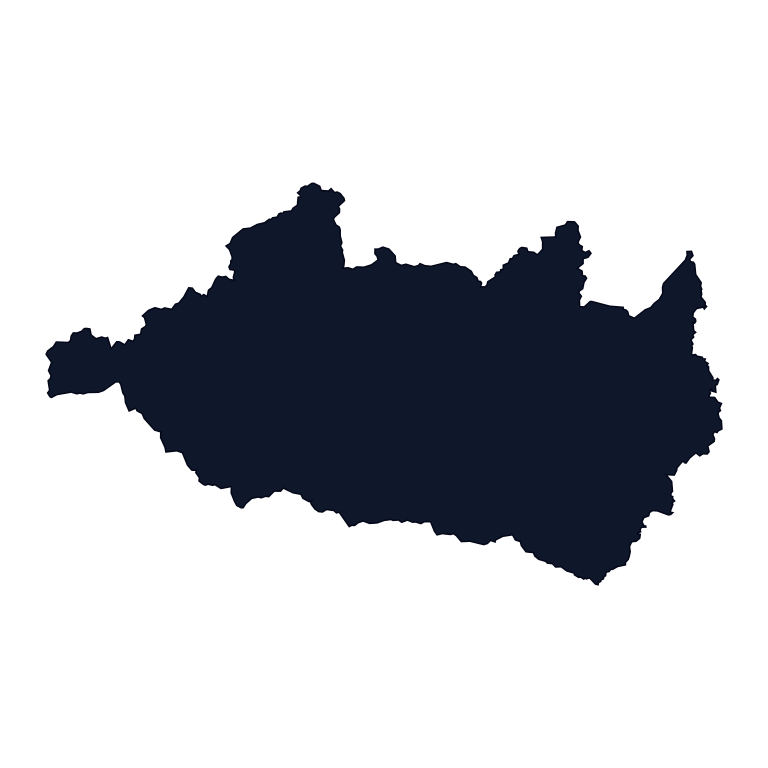 El Chaco, Napo, Ecuador (Mercator projection)
{"feature_id": "8360857B77920880428732", "entity_name": "El Chaco", "entity_type": "district", "adm_level": 2, "iso_a3": "ECU", "parent_name": "Ecuador", "parent_adm1": "Napo", "projection": "mercator", "projection_center": [-77.649, -0.244], "detail": "fine", "context": "isolated", "style": "filled", "palette": "ink", "viewbox_px": 768, "rotation_deg": 0, "n_neighbors": 0, "source": "geoboundaries", "source_scale": "gbopen_adm2", "svg_char_len": 6100}
<svg xmlns="http://www.w3.org/2000/svg" viewBox="0 0 768 768"><path d="M68.3,342.5L56.3,342.0L53.4,346.6L47.7,350.9L46.1,354.3L51.6,362.3L48.5,370.6L51.1,375.7L50.3,378.6L48.1,380.7L49.6,390.3L47.6,392.9L49.9,396.7L51.4,397.5L56.9,394.6L71.2,392.1L76.8,393.8L80.0,393.1L83.2,393.9L87.8,392.5L98.4,392.3L103.6,390.5L115.7,381.9L119.2,381.9L120.8,384.4L122.9,393.1L124.8,395.9L125.5,402.6L129.1,411.0L135.8,408.1L137.1,410.9L142.1,413.5L144.3,418.6L154.6,430.1L160.8,431.9L160.6,437.6L165.1,447.6L165.9,452.0L176.7,450.8L182.4,452.7L187.5,465.2L191.9,470.2L196.3,470.3L195.8,472.6L199.4,477.8L199.0,481.0L203.3,484.4L205.3,485.2L208.1,484.2L212.4,485.3L215.0,484.7L221.0,488.5L231.4,486.5L231.2,493.0L234.6,501.6L236.8,505.5L241.1,507.8L243.2,507.7L245.7,503.7L251.7,498.4L258.3,497.0L261.1,497.8L265.6,496.3L268.7,496.7L274.3,491.1L280.6,491.2L283.2,488.1L293.1,492.8L300.9,494.3L302.9,498.3L309.2,501.7L311.9,500.6L310.8,502.7L311.4,504.3L314.7,508.8L318.6,511.6L322.5,512.0L326.5,509.5L333.8,510.5L336.4,512.9L339.2,512.2L349.2,526.6L351.8,525.3L354.6,525.5L358.0,522.8L363.1,521.0L369.6,523.4L377.1,522.9L384.2,520.4L391.0,519.5L393.0,520.4L398.5,520.0L401.7,522.3L407.4,520.1L412.5,522.2L415.7,522.0L420.9,523.6L424.3,521.7L430.6,521.7L434.5,531.4L437.1,534.9L442.2,533.6L450.4,534.5L453.3,533.7L456.2,535.5L461.3,541.6L469.8,541.2L483.8,544.6L487.4,543.5L490.6,540.4L495.1,542.0L495.5,540.0L502.8,536.3L512.5,534.8L515.4,540.0L520.4,541.6L521.3,545.5L526.0,551.8L533.4,552.6L534.8,556.1L538.7,559.3L545.8,561.4L547.3,563.1L552.4,563.7L555.6,567.0L561.2,566.8L566.7,570.9L574.4,573.2L574.4,574.8L578.6,577.4L580.5,577.0L583.8,579.2L584.8,578.1L586.4,578.9L589.6,577.9L595.4,584.1L598.1,584.8L598.6,582.4L600.7,581.5L600.9,580.0L603.4,578.9L603.8,576.9L605.6,575.7L606.0,572.2L609.2,571.5L610.7,569.3L612.5,569.4L617.7,566.5L625.4,564.9L625.6,562.1L628.1,559.6L629.1,556.8L630.2,551.8L629.5,546.5L631.7,541.8L636.2,541.2L639.7,538.3L640.3,534.3L637.9,533.9L638.6,532.5L640.6,531.9L640.2,528.7L642.0,527.2L645.9,527.1L645.7,526.0L644.0,525.8L641.9,521.9L643.9,517.6L648.7,515.9L649.5,512.5L652.6,510.6L657.4,510.9L668.4,514.9L670.6,514.6L672.8,512.7L670.1,511.9L672.9,504.2L671.9,502.9L674.6,501.0L672.6,498.7L672.8,496.7L670.7,495.6L671.3,492.3L672.5,491.6L671.7,481.5L666.0,474.6L674.2,475.1L676.6,470.6L677.0,467.8L682.0,461.9L683.8,461.3L684.4,462.7L686.0,463.1L689.8,457.9L695.9,452.8L699.8,455.9L702.8,453.8L707.3,454.0L709.1,451.7L707.8,446.0L714.2,441.4L714.5,438.7L712.8,434.5L714.5,431.6L717.0,432.6L718.2,430.9L721.9,429.0L721.4,420.7L719.1,417.8L718.2,414.2L718.3,412.4L720.5,410.6L719.5,408.1L721.5,403.5L717.9,402.1L714.6,397.4L710.0,397.3L708.8,396.0L710.5,393.2L709.6,391.8L710.5,389.0L711.8,389.2L711.4,390.9L715.9,392.2L715.3,385.4L717.2,384.5L718.9,379.8L717.4,378.5L715.9,380.3L712.7,380.1L713.0,377.8L708.7,370.9L708.5,366.5L706.9,365.6L708.1,363.5L704.5,361.3L705.3,359.0L702.9,358.9L702.3,357.2L697.1,356.2L695.5,354.5L692.4,355.0L691.5,354.0L692.4,347.8L691.7,345.6L693.0,344.0L690.9,339.8L693.7,337.1L692.8,334.7L695.7,332.3L693.7,330.6L693.0,322.5L694.6,323.2L695.8,321.3L695.4,319.0L692.7,316.9L693.3,312.8L696.5,308.6L703.4,307.1L704.3,309.0L706.6,306.4L705.2,305.2L705.2,302.2L701.0,297.0L701.7,294.2L701.1,289.9L701.8,289.3L700.6,286.3L701.2,282.7L695.7,274.5L694.7,264.2L693.4,262.2L690.6,261.7L689.6,259.4L693.0,255.7L691.5,251.3L686.9,251.5L687.2,255.1L685.3,260.1L663.6,283.4L662.5,287.2L662.7,293.4L659.2,299.5L654.2,303.4L650.7,307.6L645.2,309.8L634.4,318.2L628.7,315.7L627.8,311.9L626.2,310.1L623.6,309.5L623.2,307.3L609.8,306.2L591.4,301.4L590.0,301.6L584.3,306.9L579.7,306.7L579.4,300.2L581.4,296.2L579.0,293.1L579.1,291.2L582.7,288.7L584.0,282.3L586.6,278.3L585.2,276.0L582.5,275.7L582.1,271.1L577.3,268.2L583.1,263.6L583.1,258.7L588.0,257.3L591.0,253.3L589.0,250.7L585.3,252.5L581.8,250.6L582.3,246.5L579.2,244.8L578.0,242.3L580.5,237.0L578.0,230.4L578.2,226.1L574.5,221.8L567.5,221.6L565.3,225.0L556.9,227.3L555.5,233.1L555.7,237.0L541.2,237.4L542.6,241.7L542.6,249.2L538.3,254.0L536.8,254.5L533.8,252.3L527.9,251.7L526.8,248.2L521.7,247.4L519.6,248.6L517.9,251.1L518.9,254.4L514.0,255.6L512.4,258.6L510.2,258.7L508.5,262.9L503.2,265.2L503.3,269.2L500.7,269.7L500.5,271.9L496.6,272.3L495.1,274.7L495.2,277.0L487.8,281.7L486.8,285.4L484.7,286.9L480.6,286.8L481.6,283.1L480.6,281.5L478.2,281.1L476.8,277.4L473.4,275.4L471.3,271.3L465.0,267.0L460.5,266.8L455.8,263.6L453.3,264.3L446.6,262.5L431.2,266.3L424.9,265.7L420.0,263.6L418.4,265.5L414.3,266.7L405.9,264.2L401.3,265.4L395.7,262.6L395.2,256.0L389.0,249.1L382.9,247.1L378.2,249.1L375.0,249.1L374.9,253.6L377.2,256.5L378.0,260.0L371.5,264.8L364.0,267.2L356.6,266.9L352.9,269.3L348.3,267.8L342.5,268.1L343.8,266.1L344.4,260.3L342.2,252.2L342.7,250.3L340.5,246.0L341.9,242.7L340.2,235.9L340.2,229.6L339.3,227.1L336.0,224.9L333.5,219.7L334.1,217.5L339.4,212.7L339.6,209.0L338.3,206.4L344.5,200.6L344.0,198.3L340.2,193.5L337.1,192.0L334.6,192.6L331.1,188.6L328.5,191.0L321.2,190.5L319.8,186.3L313.7,183.2L311.5,183.5L307.2,186.5L305.2,186.0L301.2,188.1L300.1,190.8L297.6,192.8L300.8,195.8L300.3,196.9L298.1,197.2L297.4,205.2L292.9,208.3L291.6,210.9L283.9,211.8L282.8,213.4L280.5,213.1L278.8,214.0L277.1,217.1L272.5,217.8L271.2,219.5L269.3,219.2L264.6,222.7L257.4,224.4L250.3,228.1L243.1,228.9L232.6,237.5L230.1,243.5L226.0,246.0L229.5,249.6L232.0,256.5L232.2,259.4L230.8,260.8L230.7,263.7L228.9,266.9L229.9,269.5L233.6,270.0L234.9,271.3L233.3,277.2L233.9,280.4L229.0,279.2L225.8,276.4L222.2,277.1L218.2,276.1L215.6,279.2L211.7,287.7L208.5,290.1L207.2,296.6L203.7,294.5L201.1,296.3L200.2,294.3L195.3,292.2L192.3,288.1L188.7,287.8L183.9,296.8L178.8,303.1L175.4,304.2L171.7,309.3L164.6,307.9L161.4,309.4L154.9,307.7L148.6,310.3L142.4,315.9L144.5,317.7L146.3,324.4L145.5,326.4L141.5,329.0L140.6,334.2L134.9,335.2L134.5,339.0L133.1,341.3L128.4,339.7L124.8,344.8L119.6,341.9L116.7,341.7L111.1,348.9L107.6,337.5L105.2,338.2L101.7,337.0L96.0,338.7L91.1,334.9L89.9,328.9L86.4,328.4L84.2,328.6L81.6,331.3L77.0,333.0L73.3,332.9L71.2,336.0L70.5,340.5L68.3,342.5Z" fill="#0f172a" stroke="#020617" stroke-width="1.5"/></svg>